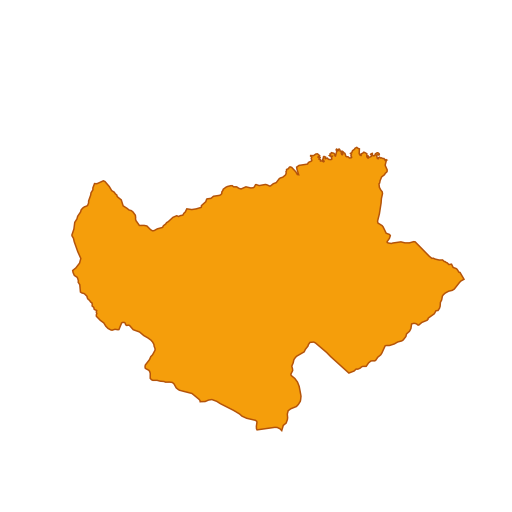 outline of Picota, San Martín, Peru, rotated 141°
{"feature_id": "86281439B32206092239911", "entity_name": "Picota", "entity_type": "district", "adm_level": 2, "iso_a3": "PER", "parent_name": "Peru", "parent_adm1": "San Martín", "projection": "mercator", "projection_center": [-76.326, -6.941], "detail": "fine", "context": "isolated", "style": "filled", "palette": "amber", "viewbox_px": 512, "rotation_deg": 141, "n_neighbors": 0, "source": "geoboundaries", "source_scale": "gbopen_adm2", "svg_char_len": 6124}
<svg xmlns="http://www.w3.org/2000/svg" viewBox="0 0 512 512"><g transform="rotate(141 256 256)"><path d="M335.9,413.9L339.9,411.6L341.1,410.1L344.5,408.9L346.1,407.4L351.5,404.1L352.7,402.6L354.8,401.4L355.9,401.3L358.5,402.2L360.5,402.3L362.8,401.9L364.7,400.6L369.6,399.1L371.8,397.5L375.7,396.2L380.6,391.5L385.7,388.3L386.3,387.5L386.7,384.7L388.3,381.4L391.8,371.5L393.7,364.3L397.6,361.5L403.5,360.1L407.6,360.1L408.6,358.2L409.4,355.2L408.4,352.0L408.7,350.8L409.6,348.6L410.7,347.5L411.0,344.6L415.1,338.5L414.6,336.9L413.1,334.8L412.7,331.0L413.4,329.8L413.7,328.4L413.3,326.2L413.5,324.3L413.0,323.0L413.8,321.3L414.8,320.3L414.4,318.2L415.3,316.3L414.1,313.9L415.5,312.8L415.9,311.5L417.2,310.7L418.0,309.6L417.5,304.0L416.4,299.8L416.9,296.0L416.6,292.8L415.3,289.8L414.5,288.9L411.7,287.8L409.6,285.5L408.8,285.1L402.6,288.5L401.6,288.4L400.2,287.3L399.9,286.0L400.5,284.8L400.4,283.8L400.2,283.4L398.5,282.4L398.0,281.6L397.8,276.0L394.3,270.2L393.3,264.8L391.6,260.5L390.6,256.8L390.5,254.1L391.0,251.5L391.9,250.1L392.8,247.4L393.8,246.3L398.6,244.3L401.1,244.0L404.0,242.5L410.7,240.9L412.1,239.6L412.7,238.3L411.2,234.6L411.3,233.2L412.0,231.4L415.2,227.5L415.1,225.6L414.4,224.3L411.1,221.6L409.2,219.0L406.5,216.4L405.7,214.9L402.4,212.3L400.6,210.4L400.2,208.3L401.0,203.7L400.4,201.0L399.9,199.7L392.3,189.5L390.5,180.7L390.4,179.0L391.1,177.9L387.1,174.9L383.5,173.9L380.6,172.2L378.0,167.8L376.6,163.6L370.6,150.2L368.2,143.6L367.7,140.4L365.4,135.8L359.8,128.6L359.5,127.1L359.9,126.2L362.9,123.4L364.3,121.5L364.6,120.2L349.2,111.0L347.4,109.4L346.1,106.6L345.9,104.1L341.4,107.2L337.7,107.2L334.6,109.1L333.2,110.4L331.2,113.4L328.4,115.5L325.2,115.4L319.3,113.6L316.5,114.0L313.0,115.2L311.7,116.3L309.3,118.7L308.1,120.8L304.5,127.5L303.1,131.9L302.9,136.4L303.8,140.8L303.6,141.7L303.1,142.3L299.6,143.9L298.7,145.2L297.5,147.9L294.3,149.6L291.8,151.6L289.0,152.4L287.2,152.5L278.9,151.2L276.3,152.4L272.3,153.3L271.0,154.2L268.4,154.9L265.3,152.8L264.5,151.0L261.8,136.5L261.3,130.9L257.5,106.6L252.2,104.9L249.3,105.1L248.1,104.0L245.6,103.3L243.6,103.4L242.5,103.0L239.8,100.9L235.8,102.1L233.0,102.1L231.9,101.6L229.7,99.8L228.7,99.6L225.1,100.7L221.3,100.7L219.2,101.4L212.2,104.9L211.3,104.6L208.5,102.4L203.8,100.6L200.0,100.0L196.2,98.3L194.5,98.1L190.2,99.1L188.1,100.7L184.2,100.9L183.1,101.3L181.2,102.2L177.8,105.3L175.6,104.3L174.7,103.3L174.0,102.3L173.6,100.4L173.0,99.9L168.9,100.0L163.5,98.4L162.1,98.6L161.6,99.2L160.7,99.3L153.8,98.9L150.6,100.2L148.8,99.1L146.3,99.9L144.5,101.1L141.9,103.9L139.4,105.0L136.3,107.6L134.7,108.0L132.2,108.1L128.4,107.4L125.1,105.8L122.7,105.5L114.4,107.4L112.3,107.6L109.0,107.0L107.8,114.8L108.5,115.6L108.1,119.1L108.4,120.4L110.0,123.0L109.2,126.6L111.5,128.0L111.7,130.3L112.4,131.6L112.6,132.7L113.2,133.3L113.5,135.5L116.2,137.6L118.8,141.0L119.6,142.7L120.8,143.5L121.5,146.7L123.4,166.8L124.4,167.9L128.6,169.7L132.0,172.5L134.5,175.8L141.5,180.0L142.9,180.5L145.0,182.8L145.5,184.0L145.0,184.7L141.3,185.7L138.8,187.3L138.7,188.7L140.5,191.8L138.9,198.6L138.9,200.3L140.5,204.9L139.6,206.6L133.6,211.1L125.4,218.5L122.4,221.7L118.4,224.9L117.5,226.5L117.5,228.8L116.9,231.7L115.0,234.7L114.0,234.9L112.1,236.5L108.6,238.4L105.0,238.3L103.5,238.9L101.4,239.0L100.7,239.4L99.8,240.5L98.7,244.7L98.2,245.5L94.4,248.4L94.0,248.3L94.3,249.1L95.4,249.1L95.2,251.2L96.2,252.1L96.7,253.3L97.6,253.8L97.8,255.1L98.7,255.3L99.8,254.7L100.3,255.4L98.9,258.5L98.1,258.4L97.0,257.1L96.4,257.1L95.9,258.1L96.3,259.5L96.9,260.0L98.9,260.3L100.3,259.5L101.0,259.5L101.8,260.1L102.0,261.0L101.0,262.5L102.2,263.0L103.0,262.8L102.9,261.3L103.6,260.8L105.8,261.3L106.1,262.2L105.9,263.4L106.1,263.5L107.0,263.3L106.8,261.8L107.1,261.5L107.4,261.7L107.4,263.5L105.5,265.7L106.5,268.3L107.0,268.9L108.7,268.7L109.9,269.3L110.3,269.1L110.8,268.1L111.2,268.0L111.7,269.1L111.4,270.6L108.2,274.2L109.1,275.7L109.3,277.0L111.3,277.4L112.2,277.0L114.7,277.1L116.6,276.0L118.0,276.3L118.1,274.7L119.2,274.1L119.4,272.6L120.1,272.4L121.7,273.3L122.1,275.3L123.1,276.1L123.4,276.8L122.3,279.8L122.7,280.8L122.7,281.8L124.1,281.4L124.7,280.4L125.3,280.4L125.5,280.9L124.9,282.6L123.3,282.9L123.1,283.2L124.6,284.5L124.0,285.8L124.0,286.7L124.8,287.1L125.7,286.2L126.1,286.3L126.0,287.9L126.2,288.4L126.9,288.1L127.4,286.5L131.3,283.7L131.6,284.3L130.8,285.2L130.8,286.8L132.4,288.9L133.5,288.3L134.4,288.7L134.9,287.6L135.8,287.8L135.5,286.9L133.9,285.5L135.5,285.1L135.8,284.0L136.3,283.5L137.2,283.8L138.8,285.4L139.0,287.3L140.9,288.0L140.8,288.4L139.7,289.1L140.5,290.6L141.3,290.6L142.4,289.4L143.5,289.2L143.4,286.8L143.7,286.6L144.3,286.7L144.9,288.5L146.1,289.2L145.4,290.3L146.1,291.5L145.6,292.0L144.4,291.9L144.1,292.2L145.6,293.6L145.3,294.0L144.1,293.6L143.4,293.9L143.9,296.7L145.3,297.6L148.1,297.8L150.3,299.7L150.7,299.3L150.4,298.4L150.5,297.7L151.7,297.1L152.4,295.2L153.1,294.9L156.4,295.7L158.1,295.0L165.5,299.3L168.5,299.5L169.6,297.6L171.7,292.3L172.6,293.3L172.1,296.5L172.5,302.4L173.4,303.8L174.1,304.0L176.0,303.5L177.8,304.0L178.8,302.9L179.6,302.7L180.3,301.4L182.2,300.4L185.7,300.4L187.6,301.2L189.1,301.5L194.1,300.3L197.1,301.3L200.4,301.3L201.3,301.6L202.8,304.6L203.7,305.7L209.2,308.7L211.0,311.5L211.5,311.7L213.9,310.7L215.2,310.8L217.2,312.1L220.3,316.1L225.4,317.5L226.7,319.3L227.5,321.9L229.9,323.9L230.2,325.6L231.3,326.5L234.5,328.0L236.2,328.4L239.6,328.5L240.2,327.9L242.2,327.3L243.4,326.0L245.0,325.8L246.2,326.1L251.5,329.2L254.6,329.1L258.1,331.2L258.6,331.2L260.9,329.8L266.7,329.5L267.5,328.5L268.1,328.3L272.9,330.3L276.7,332.5L280.1,336.2L283.3,334.7L285.1,334.6L287.2,333.8L289.4,335.0L291.3,335.4L292.3,337.2L296.2,338.3L302.7,337.9L304.5,338.2L306.1,337.7L308.9,337.8L310.6,337.0L315.6,339.2L319.0,339.8L320.2,340.4L320.7,340.9L321.4,343.0L321.9,348.0L323.8,350.3L327.4,353.1L327.0,359.2L326.3,360.6L325.3,361.7L324.1,363.6L323.9,367.7L324.4,369.8L325.7,371.6L326.2,374.1L327.7,378.6L325.4,384.4L326.4,389.1L326.4,389.8L325.8,390.9L326.2,392.8L326.0,394.8L327.0,397.6L326.3,402.4L326.5,408.9L327.3,410.5L333.5,412.1L334.7,412.7L335.9,413.9Z" fill="#f59e0b" stroke="#b45309" stroke-width="1.5"/></g></svg>